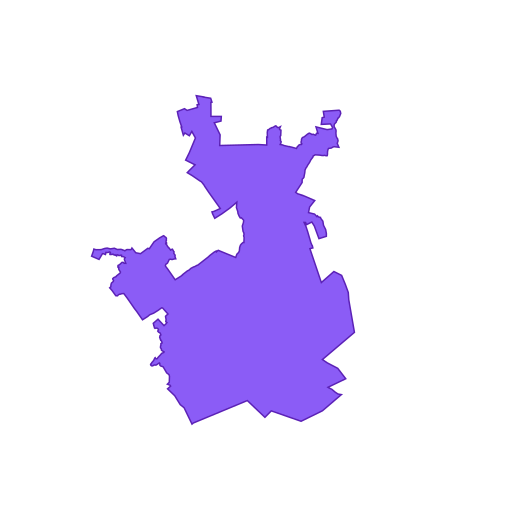 outline of Escuintla, Chiapas, Mexico, rotated 139°
{"feature_id": "50627088B28564966320854", "entity_name": "Escuintla", "entity_type": "district", "adm_level": 2, "iso_a3": "MEX", "parent_name": "Mexico", "parent_adm1": "Chiapas", "projection": "robinson", "projection_center": [-92.576, 15.351], "detail": "fine", "context": "isolated", "style": "filled", "palette": "violet", "viewbox_px": 512, "rotation_deg": 139, "n_neighbors": 0, "source": "geoboundaries", "source_scale": "gbopen_adm2", "svg_char_len": 6140}
<svg xmlns="http://www.w3.org/2000/svg" viewBox="0 0 512 512"><g transform="rotate(139 256 256)"><path d="M195.9,416.2L199.7,407.8L201.2,408.8L202.7,406.5L212.5,411.1L213.3,414.1L220.6,416.6L222.7,412.9L225.3,407.3L227.4,402.1L228.0,402.4L231.6,394.8L229.0,395.5L227.4,390.5L222.7,392.1L224.3,384.8L238.6,377.7L246.2,374.5L242.2,364.8L250.3,364.3L253.2,364.0L251.4,358.4L249.0,349.2L248.5,347.8L248.7,343.6L249.0,342.2L249.9,334.8L251.8,315.3L258.6,317.3L260.3,318.2L261.1,316.3L262.4,311.5L254.0,310.2L243.9,309.3L235.2,309.2L239.0,305.4L240.6,301.5L241.7,299.9L242.6,297.0L242.9,295.0L242.0,294.5L241.8,291.5L242.1,290.8L243.7,289.4L246.7,287.6L249.6,283.1L250.0,281.5L251.0,280.0L252.1,279.4L252.8,277.8L256.3,274.1L256.9,274.7L259.0,274.7L260.6,274.4L262.7,273.2L265.3,270.7L266.8,270.1L269.3,269.9L272.3,268.2L280.8,285.1L283.1,285.1L282.8,285.9L285.2,286.4L290.6,286.7L292.6,286.6L306.0,287.3L306.7,287.7L309.2,288.2L310.3,288.7L313.3,289.4L315.7,289.3L317.7,289.8L323.8,290.1L323.9,289.9L325.7,290.0L332.6,291.1L331.2,304.1L331.0,307.5L330.7,308.2L329.5,308.9L327.5,308.7L323.7,310.3L322.6,309.7L321.7,308.4L319.8,307.5L318.4,306.5L317.6,308.6L316.5,309.7L316.3,311.9L315.1,312.9L315.1,313.5L314.6,316.0L314.9,316.2L316.6,316.5L316.3,318.9L316.6,319.5L316.4,319.9L316.5,321.0L316.0,323.3L316.2,324.2L316.1,324.6L315.7,324.9L315.0,324.4L314.8,324.7L314.7,325.5L314.1,326.4L313.3,326.6L312.7,327.5L312.0,328.1L311.8,329.0L312.2,330.5L312.2,331.3L312.5,332.0L316.8,332.9L323.6,333.6L331.7,331.5L332.6,332.8L341.6,333.5L344.6,337.3L344.4,343.4L345.6,342.9L346.3,342.9L348.9,345.3L349.7,345.8L351.0,345.8L351.7,346.1L352.0,347.2L352.6,347.7L352.8,348.5L353.6,349.7L356.4,351.9L357.8,354.8L361.2,356.9L363.1,359.6L365.1,360.9L368.7,362.4L372.7,365.8L373.8,367.6L375.3,366.5L380.2,363.7L376.7,356.4L370.3,358.5L369.5,357.6L368.7,355.9L367.9,356.3L367.3,357.0L366.9,357.2L365.6,355.9L363.7,355.0L363.6,354.3L363.8,353.8L364.6,353.7L365.2,353.0L364.6,352.3L362.7,351.2L362.8,350.7L362.3,349.8L361.6,349.5L361.8,348.9L361.5,348.5L361.2,348.5L361.0,348.3L361.0,347.5L359.9,348.0L359.3,346.9L359.2,346.3L358.5,345.8L357.9,345.6L357.0,344.8L357.8,343.8L356.5,342.5L355.8,340.6L357.0,340.3L357.6,339.8L359.1,335.9L360.3,337.0L360.4,338.3L361.3,339.1L364.7,339.0L366.3,339.4L367.0,338.8L367.4,338.2L367.1,338.1L366.9,337.5L367.5,337.2L368.4,335.7L368.8,332.8L369.8,332.3L374.5,332.5L375.0,332.2L377.5,333.0L379.0,332.9L379.4,332.3L379.6,330.9L380.2,330.5L380.7,330.4L382.9,330.4L384.4,329.4L385.8,328.0L387.3,328.0L387.3,324.2L387.9,318.0L386.6,316.8L385.4,317.0L384.3,316.8L383.3,316.1L382.0,315.6L380.4,314.4L380.8,308.8L382.2,296.1L382.4,292.5L383.5,282.3L377.4,281.4L374.8,281.4L370.7,280.0L365.6,279.2L361.2,278.8L360.6,278.0L360.5,270.0L363.7,269.9L364.0,269.7L365.5,267.1L367.2,265.6L366.9,264.2L368.2,263.9L371.1,263.8L371.4,272.6L377.7,272.6L378.6,270.8L378.9,270.5L378.9,270.1L379.8,268.3L379.7,267.6L379.1,267.4L378.1,266.6L377.7,265.4L378.0,264.3L379.4,263.8L379.5,262.5L378.9,260.8L379.2,259.7L379.4,259.1L379.9,258.7L380.5,258.9L381.0,258.7L382.3,257.5L382.3,256.8L382.8,256.2L382.7,255.6L383.3,254.8L383.0,254.1L383.2,253.4L383.9,252.0L385.2,252.3L386.5,250.9L386.9,250.8L388.0,249.8L388.3,249.3L388.4,247.9L389.1,247.1L389.1,246.6L388.3,243.9L388.9,243.7L391.0,244.4L393.5,244.0L395.9,243.8L398.1,243.4L398.9,244.0L399.0,244.6L398.8,245.4L399.3,245.4L401.8,244.3L404.6,243.9L406.1,243.3L406.4,243.5L406.9,243.1L407.0,242.4L406.9,241.8L406.7,241.4L406.1,240.9L404.3,240.5L403.1,239.3L402.3,239.1L399.4,238.8L399.0,238.6L399.1,238.0L400.1,236.8L400.2,236.4L400.0,235.3L399.2,234.1L398.8,233.2L400.1,226.4L399.5,223.6L400.2,222.0L404.3,217.6L407.0,217.4L405.6,214.7L405.8,213.8L409.9,213.8L409.0,203.9L410.7,193.5L409.8,188.7L414.6,171.1L412.9,171.1L357.4,152.6L355.1,128.4L346.1,129.1L330.4,101.7L307.4,95.6L282.5,95.4L284.4,97.7L284.8,98.5L285.6,101.5L286.2,105.6L287.5,108.6L287.8,109.7L268.8,104.5L268.0,117.6L272.4,128.8L273.8,134.3L231.8,133.8L214.7,162.1L210.3,167.9L207.2,176.0L204.1,185.2L207.4,193.2L224.1,193.1L210.5,226.2L207.8,224.8L206.7,226.9L206.7,227.4L205.9,229.9L201.2,240.1L199.0,245.3L197.7,249.8L196.6,248.8L197.4,246.5L191.6,245.0L192.3,240.4L197.1,227.8L190.0,224.7L188.2,226.7L186.1,230.2L184.9,234.9L182.7,238.4L182.4,242.3L182.0,242.8L183.2,244.4L183.3,246.0L184.2,245.8L184.3,249.2L187.9,254.3L183.4,257.8L175.3,259.3L180.2,269.6L181.5,271.7L181.3,271.7L183.7,275.6L184.3,278.0L173.0,281.2L171.0,283.4L170.5,283.7L169.2,283.7L167.9,284.1L167.7,284.4L164.6,286.8L162.6,288.7L160.4,289.7L159.6,289.8L157.2,290.7L154.2,291.5L151.5,292.6L148.2,293.3L147.1,294.0L145.7,293.6L145.0,293.6L141.4,290.0L140.6,288.9L139.4,287.7L138.3,287.1L137.3,285.6L136.4,285.0L135.2,286.0L133.8,287.6L131.9,289.1L130.7,289.6L128.4,288.1L126.3,287.7L125.3,287.2L122.1,283.7L120.8,287.7L118.5,289.1L117.5,291.0L117.4,291.4L117.5,292.0L116.9,293.8L114.8,296.7L114.3,297.0L113.2,298.3L112.8,299.1L112.2,302.2L111.6,303.1L110.3,304.1L107.6,304.4L107.2,304.6L106.7,305.3L105.5,305.3L103.8,306.3L103.4,306.1L101.6,306.4L98.5,308.0L97.4,310.0L97.6,311.5L110.3,321.0L113.4,316.0L115.3,317.0L120.4,312.5L113.1,306.8L113.7,303.7L114.0,302.7L115.3,302.1L119.1,304.5L119.7,305.1L126.0,314.1L128.8,307.9L129.8,308.9L131.7,308.1L132.0,308.3L133.0,310.5L133.8,310.8L134.2,311.2L134.4,312.3L135.1,313.7L135.5,313.9L137.2,314.2L141.3,314.3L143.2,314.9L144.1,314.7L145.1,314.2L146.3,313.0L147.1,312.6L147.6,311.9L147.8,310.6L148.2,310.4L148.7,310.4L149.1,310.9L149.9,311.3L151.1,311.6L152.4,311.3L153.0,311.4L154.9,310.6L157.9,315.1L158.5,315.8L158.9,316.6L159.3,316.8L162.6,321.3L162.9,322.2L164.6,324.3L162.8,325.1L161.9,326.0L161.9,327.1L161.1,327.8L159.7,330.1L159.2,330.5L158.4,330.6L154.6,334.6L155.2,335.9L155.1,336.2L154.4,336.8L152.8,337.6L154.7,338.1L155.4,338.8L155.6,341.2L156.2,341.5L158.8,341.9L160.0,342.6L160.7,342.6L161.4,343.0L163.7,343.1L164.1,343.4L164.6,343.4L166.4,341.9L169.5,338.1L169.9,338.7L175.1,332.7L181.0,338.5L210.9,363.2L203.6,371.0L200.1,383.9L193.9,380.8L190.6,384.1L198.4,390.9L189.2,401.6L188.3,401.0L186.7,404.8L191.3,410.3L191.1,410.4L195.9,416.2Z" fill="#8b5cf6" stroke="#5b21b6" stroke-width="1.5"/></g></svg>